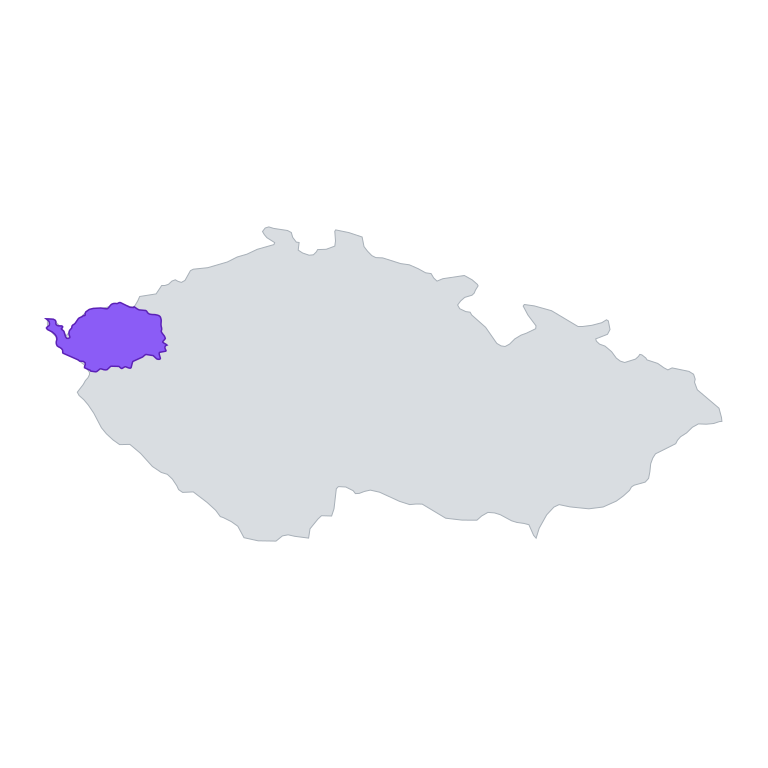 where Karlovarský sits in Czechia
{"feature_id": "CZE-1590", "entity_name": "Karlovarský", "entity_type": "Region", "adm_level": 1, "iso_a3": "CZE", "parent_name": "Czechia", "parent_adm1": "", "projection": "natural_earth1", "projection_center": [12.693, 50.171], "detail": "fine", "context": "in_parent", "style": "filled", "palette": "violet", "viewbox_px": 768, "rotation_deg": 0, "n_neighbors": 0, "source": "natural_earth", "source_scale": "10m", "svg_char_len": 5306}
<svg xmlns="http://www.w3.org/2000/svg" viewBox="0 0 768 768"><path d="M721.9,421.4L719.4,421.6L713.7,423.5L706.4,424.2L698.4,423.9L692.3,427.3L686.6,432.9L680.6,436.7L677.5,440.2L675.7,443.7L655.5,453.8L652.8,458.0L650.7,463.7L649.9,471.5L648.6,478.4L645.2,482.1L634.2,485.2L631.5,486.9L629.5,490.4L623.4,495.9L616.3,501.1L603.1,507.0L588.8,508.8L570.1,506.9L559.1,504.6L553.9,507.1L546.7,514.8L539.2,528.2L536.1,538.2L533.6,535.3L528.9,524.7L523.8,523.4L516.8,522.4L511.6,520.8L500.3,514.7L494.5,512.9L487.9,512.4L481.6,516.0L476.9,520.2L462.0,520.1L445.7,518.2L422.2,504.1L416.1,504.0L409.7,504.6L399.4,501.3L379.6,492.2L370.3,490.1L364.5,491.4L359.2,493.4L355.4,493.6L353.2,490.7L345.8,487.0L338.4,486.6L336.3,488.8L334.0,508.8L331.6,516.0L321.5,515.7L317.9,519.1L310.0,528.8L308.6,538.1L294.7,536.3L288.1,534.8L282.4,535.9L276.0,541.1L258.1,540.8L244.0,537.7L237.8,526.2L231.3,521.6L223.1,517.5L220.3,516.6L215.7,510.3L207.2,502.5L193.3,491.9L182.6,492.4L178.6,489.6L176.8,485.7L172.3,479.0L167.3,474.3L161.2,472.4L152.4,466.5L140.7,453.5L129.9,444.4L119.6,444.6L113.0,439.9L106.3,433.7L101.4,427.7L93.8,413.2L88.2,404.9L83.9,399.8L79.1,395.5L77.3,392.2L83.3,384.4L85.4,380.6L88.0,377.7L89.5,374.6L89.4,372.2L84.0,364.6L76.7,359.1L66.0,353.5L59.1,346.5L56.6,340.1L55.9,336.5L51.2,331.7L47.4,324.7L47.4,320.5L48.4,319.3L51.9,319.3L55.9,322.2L61.5,327.7L66.1,335.8L68.9,332.7L74.2,324.1L83.6,314.4L93.2,308.8L101.8,308.4L108.9,306.8L114.7,304.0L125.0,305.2L132.4,307.2L134.8,305.9L137.8,300.8L139.7,296.5L156.1,293.9L161.7,285.5L164.9,285.5L168.5,284.3L171.9,281.1L175.3,279.8L177.9,281.3L181.4,282.4L185.0,280.4L190.4,270.7L193.3,269.2L207.7,267.7L227.3,262.0L237.2,257.0L246.9,254.2L257.3,249.3L273.9,244.6L274.7,242.6L266.9,237.7L264.3,234.6L262.5,231.5L265.2,228.0L268.8,226.9L273.6,228.4L287.5,230.5L291.3,232.5L292.7,237.4L296.3,242.1L299.1,242.5L298.2,250.1L302.6,253.0L309.1,255.2L313.4,254.8L316.5,251.7L317.6,249.6L326.2,249.3L334.8,246.1L335.5,241.0L334.8,231.3L335.7,229.9L348.9,232.6L362.1,237.0L364.0,246.6L367.6,251.3L371.8,255.6L375.8,257.6L382.7,257.9L400.7,263.6L409.3,264.8L418.2,268.7L425.6,272.8L431.1,273.6L433.7,278.0L437.0,281.1L442.9,278.7L464.3,275.5L472.1,279.8L477.4,284.4L478.1,285.9L475.5,290.0L474.2,293.1L472.0,295.2L464.7,297.4L460.6,301.0L457.6,305.0L459.7,308.7L465.8,311.6L470.1,312.2L471.7,315.0L485.6,327.3L496.8,343.4L501.1,345.9L505.1,346.5L509.6,344.1L514.8,338.9L521.1,335.1L526.4,333.2L535.7,328.7L536.0,325.8L527.9,315.0L523.2,306.1L524.3,304.5L534.3,305.9L551.5,310.7L578.0,326.5L582.7,326.5L591.9,325.3L601.8,322.7L606.5,319.8L608.3,320.9L610.0,329.5L607.5,334.3L595.7,338.9L596.4,341.2L599.5,344.1L605.0,346.1L611.6,351.7L616.3,358.1L620.3,361.1L624.7,362.5L635.5,359.1L638.5,356.4L639.8,354.4L641.9,354.9L645.8,358.0L647.0,359.9L657.7,363.4L663.9,367.8L667.9,369.9L672.1,367.9L689.0,371.4L693.6,374.3L695.2,379.2L694.5,382.2L697.3,389.8L719.0,408.2L721.5,417.6L721.9,421.4Z" fill="#d9dde1" stroke="#a8b0b8" stroke-width="1"/><path d="M133.4,307.5L134.2,306.8L137.5,309.1L139.2,309.9L145.7,310.5L146.3,310.9L146.8,311.4L147.5,312.5L148.2,313.3L149.5,314.1L152.0,314.5L155.0,314.6L157.8,315.2L159.3,315.9L160.0,316.5L160.5,317.3L161.0,319.0L161.2,320.1L161.2,321.2L161.0,323.9L161.0,324.8L161.2,326.3L161.6,327.9L161.7,329.2L161.6,329.9L161.4,330.5L161.2,331.1L161.5,332.1L162.3,333.4L164.4,336.1L165.0,337.5L165.3,338.5L164.9,339.1L164.5,339.6L163.1,341.2L162.9,341.5L162.7,342.0L163.0,342.4L163.8,343.0L165.9,344.2L167.0,345.1L166.0,345.5L165.4,346.0L165.0,346.7L164.9,347.5L165.0,348.3L165.3,349.1L166.0,350.4L166.0,350.9L165.6,351.2L159.8,352.3L159.4,352.6L159.2,353.1L159.2,353.7L159.3,354.5L160.4,358.3L160.3,358.7L159.9,359.1L159.4,359.3L158.0,359.3L156.7,358.9L153.2,355.6L146.3,354.5L145.8,354.5L144.8,355.1L142.6,357.0L133.4,361.2L132.9,361.5L132.5,362.2L131.1,367.6L130.7,368.0L130.1,368.2L128.5,367.9L125.8,366.8L125.4,366.7L124.6,366.9L122.2,368.4L121.8,368.5L121.4,368.4L121.1,368.3L118.9,366.4L111.1,366.2L110.5,366.5L107.4,369.4L107.0,369.7L105.5,369.9L103.8,369.7L100.9,368.8L100.3,368.9L99.8,369.1L97.1,371.3L96.3,371.7L95.4,371.8L90.7,371.1L90.0,370.1L88.6,369.7L84.5,367.7L84.6,366.3L85.3,364.6L85.1,362.7L83.4,361.4L79.7,361.1L78.2,359.9L63.0,353.2L62.7,352.4L62.7,351.2L62.5,349.9L61.6,348.7L60.1,347.6L58.6,346.9L57.1,345.8L56.3,343.9L56.2,342.0L56.9,339.1L56.6,337.2L55.9,335.7L54.8,334.2L52.3,332.0L47.4,329.5L46.4,328.0L47.6,326.5L48.7,325.9L49.3,325.3L49.5,323.7L49.2,321.9L48.4,320.7L46.1,318.8L48.6,318.9L53.4,319.2L55.3,320.3L55.9,321.5L55.8,323.7L56.2,324.7L57.3,325.5L58.8,325.9L61.6,325.9L62.3,326.2L62.7,326.7L62.6,327.3L62.2,328.0L61.9,328.1L61.6,328.2L61.4,328.5L61.4,329.0L61.6,329.3L63.4,330.8L63.8,331.2L64.2,332.1L64.4,332.8L64.5,333.5L65.7,337.0L66.7,338.3L68.4,338.4L69.8,337.6L69.8,336.5L69.2,335.1L68.9,333.5L69.2,331.3L69.8,330.1L71.7,328.0L72.0,326.0L72.8,325.0L73.9,324.4L75.1,323.4L78.2,318.8L79.2,317.9L82.2,316.6L83.3,315.7L83.7,315.5L84.6,315.6L85.0,315.4L85.2,314.9L85.2,314.4L85.0,314.0L85.0,313.7L85.3,313.1L85.5,312.5L85.8,311.9L86.6,311.3L89.3,309.4L93.3,308.4L100.8,308.0L106.1,308.8L107.4,308.7L108.5,307.8L110.7,305.0L112.0,304.0L113.6,303.5L115.2,303.4L117.0,303.6L117.6,303.4L119.0,302.7L119.9,302.5L120.7,302.7L130.0,307.3L133.4,307.5Z" fill="#8b5cf6" stroke="#5b21b6" stroke-width="1.5"/></svg>